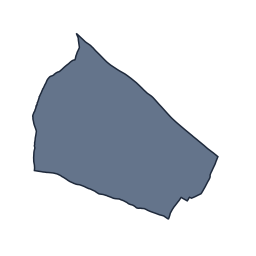 outline of Lat Phrao, Bangkok Metropolis, Thailand, rotated 288°
{"feature_id": "78962969B95574148528109", "entity_name": "Lat Phrao", "entity_type": "district", "adm_level": 2, "iso_a3": "THA", "parent_name": "Thailand", "parent_adm1": "Bangkok Metropolis", "projection": "robinson", "projection_center": [100.606, 13.822], "detail": "fine", "context": "isolated", "style": "filled", "palette": "slate", "viewbox_px": 256, "rotation_deg": 288, "n_neighbors": 0, "source": "geoboundaries", "source_scale": "gbopen_adm2", "svg_char_len": 5115}
<svg xmlns="http://www.w3.org/2000/svg" viewBox="0 0 256 256"><g transform="rotate(288 128 128)"><path d="M163.7,144.1L164.7,142.3L165.5,140.5L165.8,139.6L167.0,135.6L168.0,133.5L169.3,130.7L169.6,130.2L171.8,125.8L173.6,122.0L176.1,115.6L176.7,113.8L177.4,111.8L178.0,109.9L178.4,108.6L178.7,107.3L179.4,103.8L179.8,101.9L180.5,99.1L181.0,97.4L181.5,95.5L181.9,94.1L182.5,91.9L183.3,89.8L184.3,87.3L184.8,86.3L185.7,84.5L187.8,80.5L189.0,78.2L190.5,75.2L191.3,73.6L191.8,72.7L193.5,69.8L193.8,69.0L194.6,67.5L194.8,67.0L195.0,66.6L195.4,65.3L195.8,64.0L196.3,62.2L196.8,60.7L197.4,59.5L198.5,57.2L199.6,54.8L200.7,52.5L202.0,49.6L198.9,52.3L198.1,52.9L196.1,53.7L194.3,54.6L191.0,56.2L190.0,56.7L189.4,56.9L189.1,56.9L188.1,56.8L186.6,56.6L186.3,56.6L184.6,56.3L183.3,56.3L182.0,56.3L180.7,56.2L179.5,56.3L179.3,56.3L179.2,56.3L178.0,56.5L177.6,56.5L176.4,56.4L176.2,56.1L175.8,55.3L175.6,55.0L175.3,54.7L174.8,54.2L174.2,53.7L173.2,53.0L172.0,52.3L171.2,51.9L170.4,51.4L170.0,51.1L169.4,50.6L169.0,50.4L168.9,50.4L168.4,50.0L168.1,49.8L166.0,48.5L165.2,48.1L164.4,47.6L164.0,47.4L163.4,47.1L162.9,46.8L161.8,46.1L160.8,45.5L160.7,45.4L160.4,45.2L159.8,44.4L159.7,44.1L158.4,42.8L158.3,42.7L158.2,42.6L157.3,42.0L156.6,41.5L156.5,41.4L156.4,41.4L156.2,41.2L155.7,41.1L155.2,40.7L154.8,40.4L153.9,39.3L153.7,39.1L153.2,38.3L153.0,38.2L152.8,38.0L152.5,37.8L152.4,37.7L151.5,37.3L150.1,36.7L149.3,36.5L149.0,36.4L148.7,36.3L146.9,36.1L146.7,36.1L146.1,36.1L144.8,35.9L143.5,35.6L141.5,35.4L139.5,35.1L139.3,35.1L138.9,34.9L138.7,34.8L138.2,34.9L136.9,34.7L134.9,34.6L133.6,34.4L132.9,34.3L131.9,34.2L130.8,34.1L130.4,34.0L130.2,33.9L130.1,34.0L129.8,34.0L129.5,34.1L128.5,34.1L127.3,34.1L124.7,34.1L124.2,33.9L123.8,33.9L123.7,33.9L123.1,34.1L122.9,34.2L122.2,34.2L121.8,34.0L121.7,34.0L121.4,34.2L121.2,34.1L121.1,33.9L120.9,33.8L120.7,33.8L120.3,34.1L120.2,34.1L120.0,33.9L119.9,33.9L119.7,33.9L119.4,34.0L119.2,34.1L117.7,34.1L117.4,34.1L116.7,34.0L116.3,34.0L116.1,34.0L115.6,34.1L115.3,34.1L114.1,33.8L113.4,33.7L112.5,33.7L111.7,33.6L110.6,33.6L110.2,33.7L109.9,33.7L109.6,33.8L109.2,34.1L107.8,34.6L107.0,34.9L106.3,35.3L105.8,35.6L105.7,35.7L103.3,37.0L102.2,37.7L97.8,41.1L96.5,41.9L93.0,42.5L91.3,42.7L89.8,42.9L88.2,43.3L86.4,43.6L86.0,43.7L85.8,43.7L85.2,43.7L85.0,43.8L83.9,44.2L83.8,44.3L82.4,44.4L82.2,44.4L82.1,44.5L81.7,44.7L80.3,45.6L80.2,45.6L79.2,45.7L78.9,45.7L77.4,45.8L76.0,46.0L74.5,46.4L72.3,47.0L70.7,47.4L68.8,48.1L67.3,48.6L66.5,49.0L65.2,49.7L64.5,50.1L63.7,50.5L63.2,50.7L62.7,50.9L61.2,51.5L60.4,51.7L58.6,52.1L58.6,52.3L58.7,52.7L59.2,56.1L59.8,59.6L59.9,60.8L60.2,61.9L60.4,63.0L60.6,64.3L61.1,66.1L61.5,67.9L61.9,69.7L62.1,70.7L62.2,71.7L62.3,73.2L62.4,74.5L62.4,74.9L62.3,76.1L62.2,76.3L62.1,77.6L62.0,78.1L61.9,78.7L61.4,80.2L61.1,82.0L60.1,85.7L59.8,86.6L59.6,87.2L59.4,88.1L59.2,88.7L59.0,90.2L58.8,92.4L58.6,93.4L58.6,94.5L58.5,95.7L58.6,97.1L58.7,97.6L58.8,98.0L58.9,98.7L59.0,99.0L59.0,99.4L59.1,99.6L59.1,100.0L59.0,102.0L58.9,103.9L58.8,104.8L58.7,105.7L58.5,106.6L58.4,107.8L58.2,109.3L58.3,110.3L58.3,110.7L58.3,111.2L58.0,113.3L57.7,116.0L57.6,116.3L57.3,117.1L56.8,119.0L56.4,120.6L56.4,120.9L56.4,121.0L57.0,124.4L57.1,124.9L57.1,126.2L57.1,127.0L57.1,127.7L57.2,127.8L57.2,128.3L57.2,128.5L57.0,129.5L57.0,130.0L57.0,130.3L56.9,133.3L56.9,133.5L56.7,135.1L56.7,136.6L56.8,137.0L56.9,137.8L57.4,140.0L57.8,141.8L57.5,143.9L57.6,144.9L57.5,145.5L57.5,146.1L57.4,146.6L56.9,149.5L56.9,149.8L56.3,151.4L56.2,151.7L56.1,152.0L56.1,152.3L56.0,154.1L56.1,155.4L56.1,155.9L56.1,156.3L56.1,156.5L56.0,156.8L55.9,157.4L55.4,159.1L54.8,160.5L54.7,160.8L54.7,161.1L54.7,161.6L55.0,163.3L55.1,163.5L55.3,163.7L55.4,163.8L55.7,165.2L55.8,165.5L55.7,165.7L56.2,167.7L56.3,168.1L56.4,168.3L56.3,168.9L56.2,170.1L55.8,172.2L55.6,174.4L55.5,175.8L55.4,180.3L55.2,184.7L55.2,185.2L55.3,186.0L55.4,188.4L55.4,189.1L55.3,189.5L54.0,193.9L54.0,194.1L54.0,194.4L54.1,194.6L55.4,194.7L56.5,194.7L57.4,194.7L57.8,194.7L59.5,194.6L60.2,194.6L60.3,194.6L60.8,194.7L61.9,194.9L63.0,195.1L64.5,195.4L66.3,195.9L67.7,196.3L68.6,196.7L71.7,197.8L72.5,198.1L73.2,198.3L74.4,198.8L75.7,199.2L77.9,199.8L78.2,199.9L78.4,200.0L78.3,200.7L78.0,201.8L77.2,205.9L77.0,206.8L78.1,207.2L80.2,207.6L80.9,207.8L81.1,207.9L80.9,210.1L82.8,212.3L84.0,213.6L85.8,215.4L87.4,217.1L87.7,217.4L88.1,217.8L88.3,217.8L88.6,217.9L89.1,218.1L90.1,218.3L91.8,218.7L93.4,219.0L95.2,219.4L96.9,219.7L98.8,220.0L99.9,220.2L101.8,220.5L103.5,220.9L105.6,221.2L106.3,221.2L106.6,221.2L107.1,221.1L107.8,220.9L108.3,220.7L108.8,220.6L110.9,220.7L111.1,220.7L111.3,220.7L112.1,220.9L113.8,221.1L114.8,221.2L117.1,221.5L117.9,221.6L119.4,221.8L120.0,221.9L121.3,222.0L122.0,222.0L123.1,222.0L124.4,222.1L125.7,222.2L126.3,222.2L128.5,222.4L130.7,216.8L131.7,213.8L133.0,210.1L133.8,208.2L135.1,205.2L135.5,204.1L135.8,203.4L136.4,201.9L136.7,201.1L137.5,199.0L138.3,197.1L139.1,195.0L140.0,192.6L140.5,191.5L141.8,188.2L143.7,183.4L145.3,179.5L145.8,178.2L148.4,172.0L150.5,167.4L151.0,166.4L151.5,165.4L153.8,161.3L158.2,153.7L160.0,150.4L162.3,146.5L163.7,144.1Z" fill="#64748b" stroke="#1e293b" stroke-width="1.5"/></g></svg>